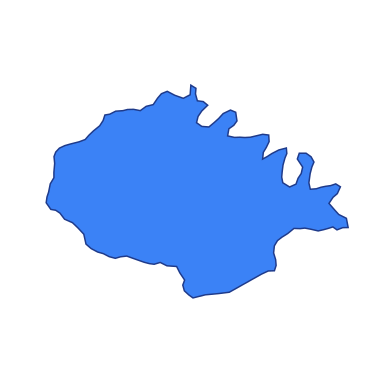 outline of Benjamin Constant do Sul, Rio Grande do Sul, Brazil, rotated 155°
{"feature_id": "56859067B73430891093496", "entity_name": "Benjamin Constant do Sul", "entity_type": "district", "adm_level": 2, "iso_a3": "BRA", "parent_name": "Brazil", "parent_adm1": "Rio Grande do Sul", "projection": "robinson", "projection_center": [-52.659, -27.484], "detail": "fine", "context": "isolated", "style": "filled", "palette": "blue", "viewbox_px": 384, "rotation_deg": 155, "n_neighbors": 0, "source": "geoboundaries", "source_scale": "gbopen_adm2", "svg_char_len": 1968}
<svg xmlns="http://www.w3.org/2000/svg" viewBox="0 0 384 384"><g transform="rotate(155 192 192)"><path d="M235.9,95.6L223.4,93.2L211.1,88.8L200.6,85.4L163.8,88.2L156.3,88.2L150.6,85.8L146.8,89.9L144.8,95.3L143.8,102.3L140.1,108.4L135.1,111.8L130.0,113.0L122.8,113.9L115.0,115.9L109.5,113.1L105.0,111.6L100.1,108.1L94.1,103.4L88.5,102.2L83.7,101.4L79.1,100.8L76.6,96.4L70.5,96.0L65.5,93.8L63.2,102.9L68.5,109.6L70.2,115.1L72.7,123.8L66.4,127.6L61.0,129.1L55.3,134.0L58.3,138.6L63.7,139.2L68.5,140.7L73.1,141.8L78.0,142.4L83.6,144.5L82.2,150.9L77.1,158.8L72.7,164.1L68.8,167.6L69.2,173.6L72.2,178.9L78.4,181.8L82.6,177.4L81.2,167.8L85.2,162.6L90.1,159.6L94.4,155.2L101.4,155.3L105.8,162.0L104.4,167.6L101.8,172.1L98.1,178.0L93.4,183.5L89.8,186.8L87.9,192.0L95.5,193.4L103.3,193.1L109.3,192.3L114.1,192.0L110.6,197.8L105.8,201.0L100.8,205.1L98.4,211.2L103.5,214.4L109.3,215.6L116.0,217.0L121.2,219.1L125.4,221.4L130.4,223.5L136.0,227.8L131.9,233.7L125.9,234.8L121.2,237.4L118.7,245.8L122.5,250.0L130.6,249.9L136.9,247.3L142.4,245.6L149.2,243.8L155.4,247.3L158.6,252.9L154.6,257.9L148.9,261.3L141.1,264.0L143.6,269.2L148.6,272.4L147.4,279.4L144.6,284.3L147.9,289.3L152.6,280.9L160.3,280.6L166.7,286.9L171.9,293.7L178.2,294.0L183.5,291.6L190.2,287.6L197.3,289.0L204.5,287.6L210.0,291.6L215.5,294.0L220.2,294.9L227.0,297.5L233.7,297.3L238.4,298.6L242.4,294.3L247.7,291.0L255.6,289.0L261.5,287.0L266.6,284.7L273.1,285.2L282.0,286.9L287.7,287.8L293.6,287.8L298.6,285.8L302.1,282.4L304.4,275.9L308.8,268.3L311.1,263.3L317.0,259.3L322.0,252.5L325.5,248.8L328.7,243.9L327.3,235.9L323.3,233.1L320.6,228.7L319.0,221.2L313.3,214.7L310.6,207.8L307.9,199.5L310.1,189.6L307.3,183.3L302.9,177.5L298.4,173.6L294.4,168.4L289.5,164.3L284.2,163.5L278.2,161.5L274.5,157.8L269.3,152.7L265.0,148.5L260.9,145.1L256.8,142.5L250.6,141.6L245.9,135.7L237.4,131.0L237.2,123.9L235.9,115.3L239.7,111.5L240.7,105.7L238.4,100.1L235.9,95.6Z" fill="#3b82f6" stroke="#1e3a8a" stroke-width="1.5"/></g></svg>